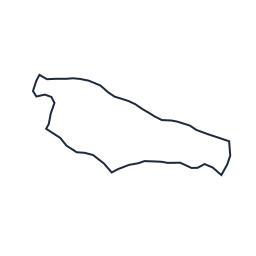 Lythragkomi, Cyprus, rotated 308°
{"feature_id": "46923920B82296583493570", "entity_name": "Lythragkomi", "entity_type": "district", "adm_level": 2, "iso_a3": "CYP", "parent_name": "Cyprus", "parent_adm1": "", "projection": "equal_earth", "projection_center": [34.175, 35.467], "detail": "fine", "context": "isolated", "style": "outline", "palette": "slate", "viewbox_px": 256, "rotation_deg": 308, "n_neighbors": 0, "source": "geoboundaries", "source_scale": "gbopen_adm2", "svg_char_len": 835}
<svg xmlns="http://www.w3.org/2000/svg" viewBox="0 0 256 256"><g transform="rotate(308 128 128)"><path d="M115.4,25.5L108.7,26.7L98.6,30.4L96.4,36.4L103.1,41.9L105.3,48.5L102.5,54.6L91.9,58.2L82.4,63.1L77.0,64.0L77.9,74.6L78.5,80.7L76.2,90.4L77.3,102.5L81.8,109.2L85.2,117.1L85.2,123.1L85.2,131.0L82.9,142.5L89.7,145.6L99.7,151.6L106.4,157.7L112.0,161.3L118.2,169.8L122.1,175.3L124.9,180.7L132.8,190.5L135.6,202.6L139.5,207.4L146.7,210.5L149.0,219.0L148.4,230.5L160.2,228.7L169.1,225.6L179.8,215.9L177.5,209.3L174.7,201.4L172.5,195.3L168.6,183.2L168.0,175.3L163.5,163.2L160.7,157.7L155.1,149.8L153.5,141.9L152.9,135.9L151.8,128.0L151.2,118.9L149.5,111.6L147.3,105.5L144.5,98.3L143.9,90.4L144.5,80.1L141.1,67.9L137.2,60.1L133.3,54.0L128.8,49.1L122.7,41.3L116.5,34.0L115.4,25.5Z" fill="none" stroke="#1e293b" stroke-width="2"/></g></svg>